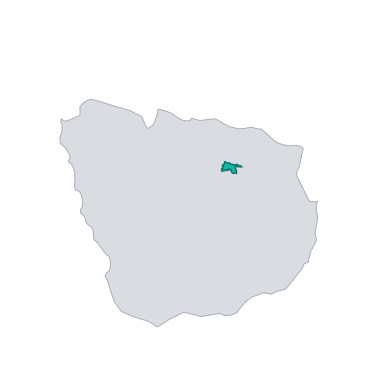 Tres Islas, Cerro Largo, Uruguay shown in context, rotated 333°
{"feature_id": "84410073B15604045088045", "entity_name": "Tres Islas", "entity_type": "district", "adm_level": 2, "iso_a3": "URY", "parent_name": "Uruguay", "parent_adm1": "Cerro Largo", "projection": "robinson", "projection_center": [-54.84, -32.439], "detail": "fine", "context": "in_parent", "style": "filled", "palette": "teal", "viewbox_px": 384, "rotation_deg": 333, "n_neighbors": 0, "source": "geoboundaries", "source_scale": "gbopen_adm2", "svg_char_len": 4645}
<svg xmlns="http://www.w3.org/2000/svg" viewBox="0 0 384 384"><g transform="rotate(333 192 192)"><path d="M299.6,257.5L297.4,259.4L295.1,263.2L292.2,272.2L282.9,284.6L281.0,291.6L270.9,298.8L263.9,307.1L259.3,306.9L255.1,310.4L231.2,321.1L222.6,319.0L216.3,319.1L210.3,314.4L196.9,312.7L188.4,314.6L177.1,319.7L173.7,319.7L171.2,319.4L165.1,317.2L161.7,312.7L144.2,307.4L130.1,295.4L113.4,295.2L100.7,296.7L98.7,295.1L97.4,292.1L94.8,287.6L83.7,277.1L74.9,266.5L73.1,256.2L74.2,245.0L76.7,231.7L76.2,227.5L79.3,225.2L82.5,224.7L85.5,221.3L88.2,216.1L88.6,212.1L86.4,204.8L84.8,194.6L83.0,189.6L86.5,181.6L86.6,177.7L84.5,174.3L83.9,170.7L84.8,167.1L84.6,163.7L83.3,160.3L84.2,157.6L87.4,155.4L89.8,152.1L91.4,147.6L92.1,144.1L92.2,141.7L91.2,139.5L89.1,137.4L90.0,133.2L93.8,127.0L96.2,121.4L97.3,116.5L97.2,112.6L95.9,109.6L96.4,107.6L98.8,106.6L99.8,103.4L99.4,95.6L96.9,89.1L98.7,84.0L104.0,78.1L106.8,73.3L107.0,69.7L108.6,67.6L111.2,71.5L118.8,72.5L126.5,72.7L127.7,71.7L130.7,65.3L134.7,63.4L139.0,62.9L143.7,63.3L148.8,67.5L163.1,81.4L173.6,91.1L176.8,95.7L179.5,99.1L181.6,102.3L180.8,110.5L180.9,114.1L181.4,115.2L183.8,115.3L187.3,114.7L190.3,112.9L192.6,110.3L194.9,108.1L196.7,106.9L197.4,105.2L198.4,103.4L199.5,103.0L201.6,104.3L206.4,109.1L210.2,113.4L211.1,115.9L212.6,118.5L214.2,120.8L215.3,123.0L218.9,125.9L222.6,127.7L225.1,125.9L231.4,131.9L245.3,136.9L247.9,139.9L250.3,144.2L255.1,150.8L261.8,156.6L267.2,159.1L272.4,160.5L275.3,161.8L277.3,164.1L280.5,166.5L282.4,167.4L283.1,169.6L285.2,174.3L287.3,180.3L289.6,185.9L294.6,191.3L300.3,195.4L306.2,197.8L309.5,200.7L310.9,203.7L306.9,208.2L302.5,213.9L298.7,218.4L294.8,221.5L293.5,223.6L292.6,226.9L292.5,244.5L292.2,251.1L292.5,252.8L293.0,254.0L295.5,255.7L298.4,257.2L299.6,257.5Z" fill="#d9dde1" stroke="#a8b0b8" stroke-width="1"/><path d="M236.4,192.3L236.5,192.5L236.6,192.8L236.5,193.0L236.5,193.3L236.9,193.8L237.2,194.1L237.5,194.3L237.9,194.3L238.2,194.4L238.8,194.4L239.1,194.5L239.5,194.7L239.7,195.0L239.9,195.4L240.0,195.6L240.2,195.3L240.8,194.5L241.2,193.7L241.2,193.2L241.3,192.4L241.3,192.2L241.1,192.1L240.9,192.1L241.2,191.4L242.0,189.9L242.0,189.4L242.1,188.8L242.7,188.9L243.1,189.3L244.2,190.2L244.6,190.2L244.8,190.3L245.7,191.2L247.3,191.8L247.5,192.0L247.8,192.1L247.7,191.8L247.6,191.6L247.4,191.4L247.2,191.3L247.2,191.0L247.0,190.9L246.8,190.6L246.6,190.6L246.4,190.5L246.3,190.3L246.1,190.0L245.9,189.8L245.7,189.7L245.5,189.4L245.3,189.3L245.2,189.1L245.1,188.5L244.9,188.3L244.9,188.2L244.7,187.8L244.4,187.9L244.2,188.0L243.9,188.2L243.6,188.2L243.6,187.9L243.6,187.7L243.4,187.6L243.3,187.8L243.1,187.9L243.0,187.7L242.8,187.6L242.7,187.4L242.6,187.2L242.2,187.2L241.9,187.1L241.8,186.9L241.7,186.8L241.6,187.0L241.4,187.0L241.3,186.8L241.2,186.7L241.0,186.2L240.8,185.9L240.7,185.8L240.3,185.8L240.2,185.7L240.1,185.4L239.9,185.4L239.7,185.4L239.5,185.5L239.4,185.5L239.2,185.3L239.1,185.2L239.1,184.8L239.0,184.7L238.8,184.6L238.9,184.4L239.0,184.2L239.1,183.8L239.0,183.6L238.8,183.5L238.5,183.3L238.4,183.0L238.3,182.9L238.2,182.9L238.0,183.0L237.7,182.9L237.7,182.7L237.4,182.5L237.2,182.7L236.7,182.5L236.6,182.4L236.5,182.1L236.4,181.9L236.2,181.6L235.9,181.4L235.7,181.1L235.6,180.8L235.6,180.5L235.5,180.2L235.4,180.1L235.2,180.5L234.9,180.4L234.9,180.2L234.7,180.1L234.6,180.4L234.6,180.9L234.3,181.1L234.0,181.2L233.8,181.2L233.7,181.3L233.7,181.5L233.5,181.8L233.3,181.9L233.2,181.9L232.9,181.8L232.8,182.0L232.7,182.1L232.5,181.9L232.4,181.9L232.2,181.9L232.3,181.8L232.2,181.8L232.1,182.0L231.9,182.2L231.7,182.2L231.6,182.4L231.5,182.5L231.4,182.5L231.5,182.6L231.5,182.8L231.3,182.9L231.2,182.9L231.0,183.0L231.1,183.3L231.0,183.5L230.9,183.8L231.0,183.9L230.9,184.0L230.7,184.2L230.7,184.3L230.5,184.5L230.3,184.6L230.5,184.6L230.5,184.8L230.7,184.7L230.8,184.7L230.8,184.8L230.7,184.9L230.7,185.0L230.4,185.1L230.2,185.1L230.3,185.0L230.3,184.9L230.2,184.9L230.0,185.0L229.9,185.0L229.7,185.0L229.5,184.9L229.5,185.0L229.4,185.2L229.3,184.9L229.2,184.8L229.1,185.0L228.9,185.0L228.7,185.2L228.6,185.3L228.6,185.5L228.4,185.8L228.4,186.0L228.3,186.3L228.2,186.3L228.2,186.5L228.4,186.4L228.5,186.5L228.8,186.8L228.9,187.2L229.9,187.8L230.8,187.8L231.0,187.7L231.2,187.4L231.3,187.4L231.5,187.6L231.8,187.8L232.5,187.8L232.6,188.1L232.7,188.4L233.0,188.7L233.3,188.8L233.7,188.7L234.0,188.7L234.1,188.3L234.3,188.2L234.4,188.3L234.6,188.5L234.8,188.7L234.9,188.4L235.0,188.2L235.1,188.3L235.4,188.5L235.6,188.7L235.8,188.6L236.0,188.7L236.2,188.9L236.3,189.3L236.4,189.7L236.8,190.0L236.8,190.5L236.5,191.1L236.4,191.4L236.4,191.8L236.4,192.2L236.4,192.3Z" fill="#14b8a6" stroke="#0f766e" stroke-width="1.5"/></g></svg>